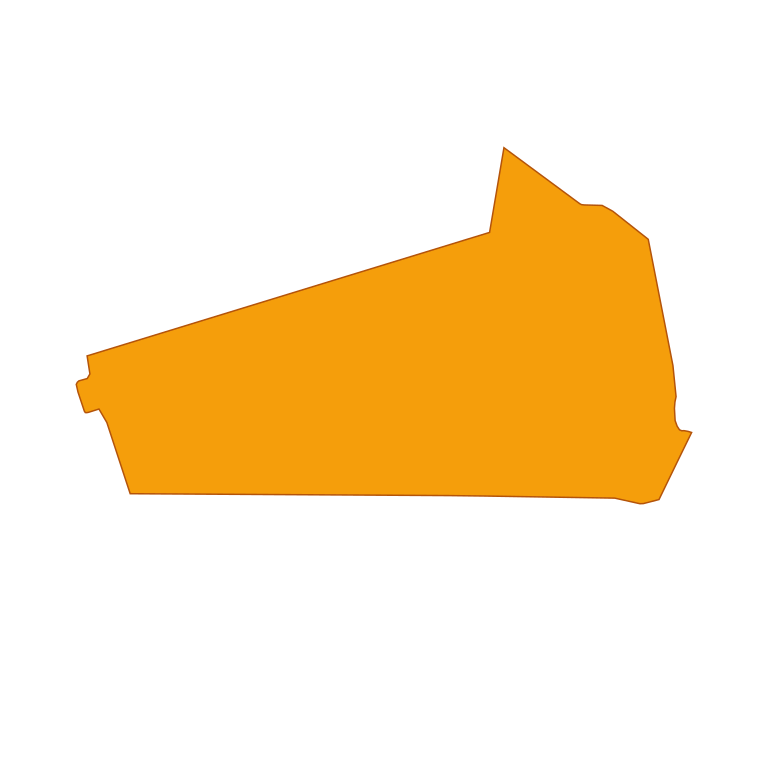 Kweneng, orthographic projection, rotated 343°
{"feature_id": "BWA-2647", "entity_name": "Kweneng", "entity_type": "District", "adm_level": 1, "iso_a3": "BWA", "parent_name": "Botswana", "parent_adm1": "", "projection": "orthographic", "projection_center": [24.77, -23.86], "detail": "fine", "context": "isolated", "style": "filled", "palette": "amber", "viewbox_px": 768, "rotation_deg": 343, "n_neighbors": 0, "source": "natural_earth", "source_scale": "10m", "svg_char_len": 655}
<svg xmlns="http://www.w3.org/2000/svg" viewBox="0 0 768 768"><g transform="rotate(343 384 384)"><path d="M529.3,269.9L567.8,193.1L623.8,268.7L625.3,270.2L627.8,271.3L644.8,277.0L653.3,285.7L679.0,322.9L665.7,450.9L659.6,481.5L657.0,486.2L654.6,492.3L651.7,504.1L652.0,510.1L653.2,514.2L655.1,515.8L657.2,516.3L660.9,518.2L664.0,520.3L641.6,544.3L613.2,574.9L597.1,574.2L593.7,573.3L571.3,560.6L446.7,520.3L413.5,509.7L109.2,414.7L107.7,339.8L104.1,324.6L93.2,324.7L91.3,324.5L90.0,324.0L89.5,322.4L89.0,302.3L89.6,294.4L91.2,292.7L93.1,291.8L101.8,292.0L105.7,288.4L108.3,270.3L529.3,269.9Z" fill="#f59e0b" stroke="#b45309" stroke-width="1.5"/></g></svg>